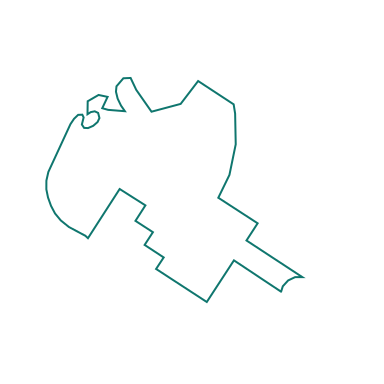 outline of Al Khawr, rotated 213°
{"feature_id": "QAT-1105", "entity_name": "Al Khawr", "entity_type": "Municipality", "adm_level": 1, "iso_a3": "QAT", "parent_name": "Qatar", "parent_adm1": "", "projection": "orthographic", "projection_center": [51.407, 25.752], "detail": "fine", "context": "isolated", "style": "outline", "palette": "teal", "viewbox_px": 384, "rotation_deg": 213, "n_neighbors": 0, "source": "natural_earth", "source_scale": "10m", "svg_char_len": 933}
<svg xmlns="http://www.w3.org/2000/svg" viewBox="0 0 384 384"><g transform="rotate(213 192 192)"><path d="M254.1,96.6L257.5,97.2L276.1,95.6L286.6,96.7L295.2,99.4L302.7,103.6L309.8,109.0L315.6,114.9L320.3,122.2L323.4,130.6L330.9,182.7L330.8,189.2L329.5,194.7L326.1,197.1L323.5,195.5L321.1,188.6L317.4,187.0L314.0,189.0L310.9,193.7L309.3,199.2L309.9,203.6L313.8,207.2L317.5,206.7L320.4,203.9L322.0,200.3L328.9,211.3L323.2,222.5L314.6,225.8L312.9,213.4L307.1,215.2L292.3,223.2L298.6,225.8L305.2,229.8L310.4,234.7L312.9,239.5L311.5,250.0L305.6,254.2L294.4,247.3L269.7,237.3L249.5,259.7L247.3,288.4L204.8,288.2L198.5,281.2L181.3,255.8L169.9,226.7L166.8,201.5L119.9,201.5L119.9,181.0L53.1,180.7L59.2,176.7L63.2,170.2L64.5,162.4L63.0,157.0L63.1,156.9L119.6,157.5L119.7,107.8L180.2,107.9L180.1,121.7L202.9,121.8L202.9,137.0L223.7,137.0L223.8,155.4L254.3,155.1L254.1,98.5L254.1,96.6Z" fill="none" stroke="#0f766e" stroke-width="2"/></g></svg>